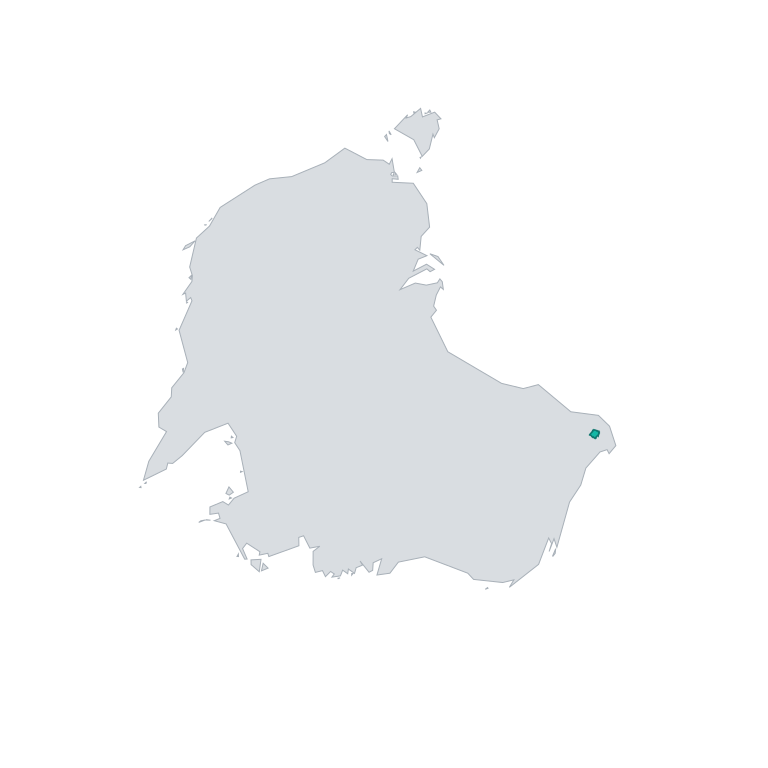 Kojonup, Western Australia, Australia (highlighted), rotated 221°
{"feature_id": "25037944B18898865249121", "entity_name": "Kojonup", "entity_type": "district", "adm_level": 2, "iso_a3": "AUS", "parent_name": "Australia", "parent_adm1": "Western Australia", "projection": "natural_earth1", "projection_center": [116.95, -33.925], "detail": "fine", "context": "in_parent", "style": "filled", "palette": "teal", "viewbox_px": 768, "rotation_deg": 221, "n_neighbors": 0, "source": "geoboundaries", "source_scale": "gbopen_adm2", "svg_char_len": 5403}
<svg xmlns="http://www.w3.org/2000/svg" viewBox="0 0 768 768"><g transform="rotate(221 384 384)"><path d="M510.8,171.4L516.9,205.4L525.6,203.8L535.2,213.9L536.1,234.7L541.7,241.9L542.4,261.3L546.2,271.4L573.9,290.1L583.5,320.8L586.6,322.4L587.5,316.9L593.4,322.5L594.6,319.7L596.2,335.3L599.6,340.0L607.4,344.8L621.3,371.1L619.3,388.7L623.5,409.8L611.9,449.3L605.0,463.7L589.7,480.0L573.8,512.1L568.3,536.3L544.2,542.1L531.5,552.4L524.2,553.3L525.7,559.3L515.1,550.6L516.9,548.6L516.4,546.5L514.3,546.4L510.2,550.1L507.6,547.8L512.5,544.3L510.2,541.6L493.6,554.7L470.0,548.2L452.5,532.3L452.8,519.8L444.8,508.5L448.5,509.0L448.7,505.6L435.8,509.0L440.1,500.6L436.0,488.4L430.5,502.3L421.1,503.7L422.9,499.0L427.2,499.0L434.7,480.0L433.8,465.7L426.6,480.7L416.9,486.4L410.1,495.4L410.8,500.0L407.1,499.4L401.3,494.3L405.1,494.3L402.9,485.4L397.6,475.3L392.8,474.1L392.5,465.2L357.0,450.2L295.7,461.6L275.9,471.9L267.1,484.8L224.8,485.6L201.6,501.0L186.1,500.1L168.6,489.6L168.4,479.1L172.6,480.8L176.4,474.4L176.5,453.0L169.2,436.8L166.5,416.6L146.4,374.2L154.2,378.8L149.5,365.9L152.8,373.5L158.7,375.8L149.0,349.3L156.0,312.8L157.5,321.4L164.2,312.0L188.2,295.3L196.6,296.2L239.9,280.3L256.3,259.0L255.4,245.1L264.0,235.2L271.1,250.6L274.9,242.0L270.3,235.9L271.8,232.1L285.9,234.7L281.4,233.2L284.5,227.1L282.0,221.7L289.5,221.0L286.9,217.0L293.1,216.4L291.0,210.6L296.6,204.1L296.9,208.0L301.3,207.5L301.8,200.2L308.0,202.8L312.2,196.8L318.8,200.9L327.7,211.2L326.0,219.4L332.3,211.5L345.1,216.7L347.7,212.3L342.1,206.1L357.7,178.2L360.6,180.0L365.9,173.0L367.6,176.0L383.2,173.8L382.8,167.0L372.5,162.1L374.2,160.4L411.4,174.8L422.4,169.5L419.6,175.0L424.2,178.0L429.9,171.4L434.7,177.0L428.5,189.5L422.0,190.6L422.2,199.5L415.8,213.6L449.0,239.2L458.2,241.8L460.9,247.9L476.0,252.1L487.6,229.9L489.3,197.6L491.4,185.4L495.3,182.5L492.5,177.0L502.4,153.6L510.8,171.4ZM504.5,580.9L521.8,587.9L543.6,583.5L542.8,602.7L541.8,599.3L539.2,603.4L537.2,616.0L530.2,610.8L524.1,622.4L515.0,621.5L517.2,618.2L509.8,612.8L507.6,602.9L511.0,604.7L504.0,591.1L504.5,580.9ZM355.0,160.5L365.8,160.5L369.0,164.0L361.8,171.0L355.0,160.5ZM416.6,512.9L434.8,512.4L426.9,515.6L416.6,512.9ZM431.5,197.7L433.5,204.6L426.7,203.5L427.9,198.6L431.5,197.7ZM620.5,368.1L620.6,360.1L623.7,353.5L624.5,358.2L620.5,368.1ZM540.1,569.6L545.9,571.2L545.8,573.9L540.1,569.6ZM353.9,162.6L357.6,169.4L350.7,169.0L353.9,162.6ZM498.9,570.7L495.6,570.0L497.8,565.4L498.9,570.7ZM466.7,236.3L463.4,238.4L460.0,239.5L461.8,235.6L466.7,236.3ZM146.4,372.4L143.7,368.5L143.5,364.9L143.9,364.8L146.4,372.4ZM544.2,576.5L546.3,578.3L542.1,576.8L544.2,576.5ZM598.4,336.3L600.9,336.3L600.6,339.9L598.4,336.3ZM543.2,261.0L546.0,263.1L545.5,264.3L543.2,261.0ZM529.3,617.7L529.2,620.8L527.0,619.9L529.3,617.7ZM622.9,391.7L622.7,396.1L622.4,396.0L622.9,391.7ZM382.4,160.2L380.6,158.3L381.8,157.4L382.4,160.2ZM432.5,160.6L429.8,164.0L433.0,158.0L432.5,160.6ZM623.7,386.5L622.3,387.9L623.3,386.4L623.7,386.5ZM435.1,224.1L433.6,224.8L434.4,223.2L435.1,224.1ZM426.1,197.5L424.3,197.9L425.4,195.7L426.1,197.5ZM172.9,295.5L172.3,298.3L171.5,298.1L172.9,295.5ZM499.3,152.0L499.1,154.4L498.4,152.7L499.3,152.0ZM514.2,547.5L514.6,549.0L514.0,548.5L514.2,547.5ZM429.1,165.0L425.6,167.4L429.3,164.4L429.1,165.0ZM291.3,207.2L290.0,208.9L290.9,207.0L291.3,207.2ZM530.8,615.5L529.6,616.1L530.3,614.9L530.8,615.5ZM464.9,244.5L462.9,244.5L464.0,243.1L464.9,244.5ZM284.0,219.8L283.0,220.7L283.0,218.5L284.0,219.8ZM540.2,608.9L538.5,609.8L539.2,608.1L540.2,608.9ZM500.6,145.6L500.4,147.2L499.4,146.4L500.6,145.6ZM513.2,549.5L514.6,550.9L512.0,550.5L513.2,549.5ZM577.3,289.9L576.0,290.0L576.6,288.1L577.3,289.9ZM586.4,316.6L585.7,316.6L586.3,315.2L586.4,316.6ZM505.4,578.6L504.9,579.7L504.6,578.3L505.4,578.6Z" fill="#d9dde1" stroke="#a8b0b8" stroke-width="1"/><path d="M189.9,489.0L190.3,489.0L190.5,489.1L190.7,488.9L191.1,488.9L191.1,488.6L191.5,488.6L191.5,488.8L191.6,488.7L191.8,488.7L192.5,488.6L192.5,488.2L192.8,488.2L193.4,488.2L193.7,488.0L193.9,488.0L194.0,488.0L194.2,487.9L194.3,487.8L194.4,487.7L194.6,487.6L194.8,487.4L195.0,487.4L195.4,487.3L195.4,487.2L195.6,487.2L195.6,486.9L195.7,486.7L195.8,486.6L195.7,486.5L195.7,486.4L195.7,485.7L195.9,485.7L195.6,485.6L195.7,485.4L195.8,485.4L195.7,485.2L195.7,485.3L195.7,485.1L195.6,484.9L195.5,484.5L195.4,484.5L195.4,484.2L195.5,484.2L195.5,483.8L195.5,483.4L195.4,483.4L195.6,483.4L195.5,482.9L195.5,482.7L195.5,482.8L195.5,482.6L195.6,482.4L195.6,482.0L195.5,481.6L195.6,481.0L195.1,481.0L195.1,480.9L194.9,480.9L194.9,481.0L194.9,480.9L194.8,481.0L194.7,481.0L194.4,481.0L194.5,481.0L194.4,481.0L194.2,481.0L194.2,480.8L193.9,480.8L193.9,480.7L193.9,480.8L193.6,480.9L193.4,480.9L193.2,480.9L192.9,480.8L192.7,480.7L191.5,480.7L191.5,481.3L191.0,481.3L190.9,481.2L190.6,481.2L190.6,481.4L190.2,481.4L189.8,481.3L189.7,481.3L189.5,481.5L189.4,481.5L189.2,481.7L189.0,481.4L188.9,481.4L188.7,481.4L188.6,481.5L188.6,481.4L188.6,481.5L188.8,481.6L188.9,481.8L189.0,481.8L189.1,482.0L189.2,482.3L189.2,482.6L189.2,482.8L189.1,483.0L189.1,483.3L189.1,483.6L189.1,483.9L189.0,484.0L189.1,484.5L189.1,484.8L188.8,485.1L188.8,485.3L188.4,485.3L188.5,485.4L188.5,485.5L188.8,485.7L188.8,485.8L188.8,486.0L188.7,486.2L188.8,486.3L188.9,486.7L189.2,486.7L189.2,487.1L189.1,487.6L189.4,487.6L189.6,487.9L189.9,488.0L189.9,488.5L189.8,488.8L189.9,489.0Z" fill="#14b8a6" stroke="#0f766e" stroke-width="1.5"/></g></svg>